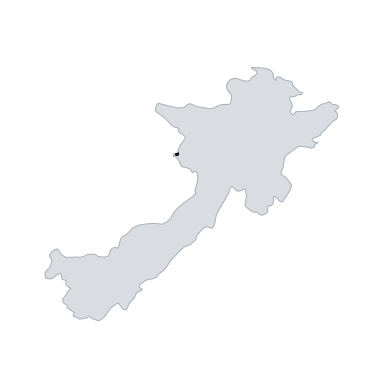 Sisattanak, Vientiane [prefecture], Laos shown in context, rotated 83°
{"feature_id": "54806243B63933200485588", "entity_name": "Sisattanak", "entity_type": "district", "adm_level": 2, "iso_a3": "LAO", "parent_name": "Laos", "parent_adm1": "Vientiane [prefecture]", "projection": "natural_earth1", "projection_center": [102.629, 17.933], "detail": "fine", "context": "in_parent", "style": "filled", "palette": "ink", "viewbox_px": 384, "rotation_deg": 83, "n_neighbors": 0, "source": "geoboundaries", "source_scale": "gbopen_adm2", "svg_char_len": 4225}
<svg xmlns="http://www.w3.org/2000/svg" viewBox="0 0 384 384"><g transform="rotate(83 192 192)"><path d="M137.5,40.3L139.2,43.8L147.1,53.1L148.5,55.6L151.4,57.6L153.8,65.9L154.8,66.4L156.2,65.8L157.2,64.7L158.0,61.5L158.5,61.1L159.4,63.8L161.6,64.6L162.6,65.7L162.9,67.7L162.6,69.8L160.7,74.5L159.6,80.8L167.4,94.5L170.6,96.3L178.4,98.5L183.7,101.6L186.1,100.8L188.4,97.5L191.2,95.6L196.4,92.7L198.0,92.5L200.8,93.7L205.6,97.0L212.8,103.4L212.5,105.1L211.2,106.7L207.4,109.3L206.2,110.9L206.9,111.5L210.1,111.9L213.9,113.3L215.1,115.0L215.7,118.8L216.4,119.5L219.9,119.0L220.9,119.6L222.2,120.8L223.5,123.9L223.4,126.3L220.0,130.4L219.6,132.9L217.8,135.9L213.0,140.8L211.8,141.1L202.9,138.4L195.9,138.8L195.4,139.8L196.5,142.8L196.9,145.8L195.8,148.0L191.8,151.0L191.6,152.2L192.5,153.6L198.3,156.2L217.1,170.5L225.6,173.2L229.4,175.0L230.3,176.0L230.3,177.3L229.3,178.9L228.5,181.7L228.5,183.3L229.4,185.0L230.9,187.4L236.2,192.8L240.0,194.1L244.1,200.3L245.3,205.7L247.3,209.2L257.0,221.0L265.2,228.2L270.1,236.0L272.4,237.7L273.2,240.6L273.9,248.8L276.7,252.9L277.3,254.5L278.5,255.7L279.9,256.0L282.7,253.3L283.3,253.7L284.6,258.0L285.8,259.6L290.1,262.2L294.7,267.5L297.2,269.4L300.3,270.9L300.7,272.5L300.2,274.2L299.2,275.3L293.9,278.3L293.2,279.6L296.8,286.3L305.6,294.5L308.4,299.5L307.8,301.9L305.4,306.7L303.6,308.0L303.1,309.5L304.5,313.4L304.4,319.5L302.7,320.9L301.2,324.6L300.1,324.9L297.4,323.6L291.7,329.9L289.3,329.6L286.4,333.2L282.8,333.6L280.2,331.0L274.8,326.7L272.9,324.1L271.2,326.4L268.3,328.6L264.3,327.8L263.2,331.0L262.5,331.6L257.6,332.1L256.7,332.6L257.5,335.5L260.4,340.5L261.2,343.3L259.5,347.9L254.4,347.8L252.2,345.9L249.3,342.0L242.8,339.4L238.5,341.2L237.2,341.1L234.0,337.8L232.8,335.7L232.0,332.5L236.9,329.9L239.4,327.9L241.1,325.8L241.7,323.6L242.5,314.4L243.2,311.2L242.8,307.2L241.4,304.1L241.4,299.4L242.1,295.6L244.0,293.7L245.3,291.0L246.0,284.9L245.4,283.3L243.6,281.8L240.5,280.4L238.5,278.6L237.7,276.4L237.8,274.5L238.7,272.9L236.4,271.0L230.7,269.0L227.6,266.6L226.9,263.8L224.6,260.1L220.5,255.5L218.4,248.9L218.1,240.3L218.6,233.3L220.3,225.2L217.9,219.3L215.4,216.2L211.7,213.9L208.3,210.7L205.0,206.4L201.1,200.1L196.6,191.8L193.5,188.1L191.9,189.0L188.7,188.2L183.6,185.8L179.3,184.5L175.5,184.3L173.1,184.9L172.0,186.1L171.9,187.4L172.9,188.6L172.3,189.6L170.4,190.3L168.8,191.6L167.1,194.7L165.8,198.7L164.0,200.2L161.1,200.5L158.3,201.7L155.5,203.6L154.2,205.1L154.4,206.1L153.8,206.3L152.4,205.8L151.8,204.4L151.9,202.4L150.4,201.0L147.6,200.3L144.3,198.0L138.0,192.3L136.5,192.0L134.5,193.5L131.8,196.7L129.6,198.0L127.8,197.4L126.5,198.5L125.5,201.4L123.8,203.7L115.3,209.9L107.7,217.9L105.8,218.6L101.2,216.4L99.7,214.8L106.1,198.5L107.0,194.5L106.8,189.3L104.2,184.9L104.1,183.6L104.5,182.3L107.7,177.2L111.5,164.2L111.3,160.1L109.6,155.6L108.8,151.4L109.5,145.6L109.2,143.4L107.5,142.3L101.7,141.1L98.3,142.0L96.8,143.6L94.8,144.6L91.2,145.1L87.7,143.2L84.9,139.9L84.2,135.8L87.8,127.1L88.7,123.7L88.6,122.1L88.0,120.5L87.2,120.2L85.3,118.2L83.5,114.5L81.8,112.9L80.3,113.2L78.8,114.6L76.4,118.0L75.6,117.6L77.8,105.5L79.8,100.3L82.2,98.0L84.7,97.0L87.3,97.3L89.5,96.9L91.3,95.6L91.1,94.9L89.0,94.7L88.2,93.4L88.6,90.8L89.6,89.1L91.0,88.4L92.4,85.8L93.8,81.4L95.4,79.1L97.4,79.1L100.7,77.2L105.4,73.5L107.2,69.9L108.9,71.5L108.3,75.7L109.2,76.6L109.6,78.1L109.4,80.4L109.7,82.4L110.5,83.3L111.5,83.8L116.5,82.1L119.5,82.0L124.5,85.1L127.4,82.8L127.5,81.9L125.0,79.1L125.8,68.5L125.5,60.4L121.4,54.5L120.6,52.1L120.2,48.2L119.0,44.9L121.9,42.2L123.5,37.3L125.6,36.1L126.2,36.2L128.7,40.0L131.9,38.1L134.3,38.1L136.4,39.1L137.5,40.3Z" fill="#d9dde1" stroke="#a8b0b8" stroke-width="1"/><path d="M152.0,201.3L152.2,201.5L152.3,201.7L152.3,201.9L152.3,202.1L152.3,202.3L152.3,202.7L152.3,202.9L152.3,203.1L152.2,203.3L152.3,203.4L152.5,203.3L152.5,203.2L152.8,203.2L152.9,203.3L152.9,203.2L152.9,202.9L153.0,202.8L153.1,203.0L153.2,202.9L153.3,202.9L153.3,202.7L153.7,202.7L153.7,202.4L153.7,202.2L153.7,201.8L153.7,201.7L153.2,201.7L153.1,201.4L153.0,201.2L152.9,201.2L152.8,200.9L152.7,200.9L152.6,201.0L152.6,200.9L152.6,201.0L152.5,200.9L152.4,200.9L152.4,201.0L152.2,201.2L152.1,201.3L152.0,201.3Z" fill="#0f172a" stroke="#020617" stroke-width="1.5"/></g></svg>